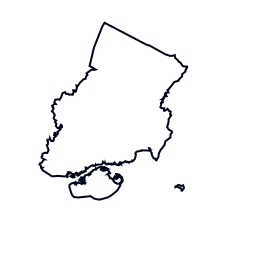 City of Isabela, Philippines, rotated 208°
{"feature_id": "2640588B50898058307541", "entity_name": "City of Isabela", "entity_type": "district", "adm_level": 2, "iso_a3": "PHL", "parent_name": "Philippines", "parent_adm1": "", "projection": "albers", "projection_center": [121.969, 6.657], "detail": "fine", "context": "isolated", "style": "outline", "palette": "ink", "viewbox_px": 256, "rotation_deg": 208, "n_neighbors": 0, "source": "geoboundaries", "source_scale": "gbopen_adm2", "svg_char_len": 5765}
<svg xmlns="http://www.w3.org/2000/svg" viewBox="0 0 256 256"><g transform="rotate(208 128 128)"><path d="M189.0,54.1L187.4,54.0L186.0,52.1L184.7,52.8L185.0,51.5L183.5,50.6L172.9,49.7L171.2,50.3L167.9,52.6L160.7,55.7L160.0,56.5L159.3,56.4L159.6,56.9L158.9,57.0L160.0,58.2L159.9,58.3L159.5,58.1L159.4,58.1L159.1,59.0L159.8,58.4L159.8,59.0L159.0,59.3L159.3,60.1L160.3,60.6L159.8,61.2L159.0,60.7L158.3,61.7L157.3,61.8L156.9,62.5L157.0,61.8L156.3,61.0L154.3,61.7L153.3,61.3L152.9,62.5L153.2,63.2L152.6,64.3L151.6,64.3L150.8,63.4L150.5,63.9L150.3,63.1L149.7,63.7L149.5,63.0L150.4,62.4L149.9,62.3L149.2,63.3L148.3,65.9L149.1,65.5L149.2,66.4L148.6,66.8L148.5,67.7L148.0,67.9L147.8,67.4L147.0,68.1L146.8,67.7L146.3,68.4L146.8,68.2L146.8,68.8L145.2,70.2L146.1,72.1L145.7,72.4L146.5,72.5L146.9,73.2L146.3,73.4L145.1,72.7L142.6,77.7L141.3,78.7L140.8,78.2L139.1,79.7L139.2,80.2L138.9,80.0L137.8,81.3L134.3,83.3L133.8,83.9L134.2,86.2L133.2,85.6L132.8,86.1L131.6,85.9L131.8,86.5L131.2,86.0L129.6,86.6L129.3,86.2L128.4,87.5L127.9,87.2L126.6,88.3L126.4,87.8L125.9,88.1L126.1,88.6L125.5,88.9L125.7,89.3L125.3,88.8L125.5,89.5L125.0,88.8L125.1,89.5L124.8,88.9L124.5,89.6L124.4,88.7L123.5,89.3L123.2,88.8L123.6,90.7L122.9,90.9L122.4,90.1L120.3,90.7L120.1,90.3L118.9,90.8L118.4,91.1L119.2,91.9L119.2,92.8L117.0,92.7L118.4,94.2L116.2,94.8L115.0,97.2L114.6,97.6L113.5,97.0L112.7,97.9L111.3,97.6L110.8,97.9L111.1,98.6L108.5,100.4L108.3,101.0L108.7,101.3L108.0,101.6L107.4,103.8L108.5,108.2L109.7,109.1L109.3,111.2L105.1,114.5L105.3,114.8L98.3,118.2L97.9,118.9L98.7,118.7L100.0,120.1L99.4,120.3L97.9,119.2L96.9,117.8L95.2,117.0L94.8,116.0L92.3,113.8L90.2,113.2L89.3,113.8L88.4,112.7L87.7,112.7L87.5,116.5L88.8,120.0L88.9,123.4L87.8,130.2L88.8,133.8L86.1,139.5L87.5,142.4L87.0,144.9L87.8,145.7L91.1,145.7L93.9,147.2L95.0,152.3L96.3,154.9L95.8,159.4L96.4,160.0L97.2,159.8L97.9,162.4L98.7,162.7L99.4,162.2L102.1,163.5L102.6,162.0L103.8,160.3L104.4,160.2L105.2,162.4L107.8,161.2L109.1,161.5L109.7,164.2L110.5,165.1L110.5,166.6L109.7,166.4L109.3,167.2L110.4,168.3L110.3,170.2L111.2,169.7L110.6,170.8L111.0,171.9L110.4,172.2L110.8,173.8L109.2,173.8L108.8,174.2L109.2,174.5L110.0,174.2L110.2,175.1L111.3,175.7L110.8,176.1L111.1,176.8L110.3,176.9L110.1,177.8L109.4,178.2L110.1,178.4L110.1,179.8L111.0,180.1L110.3,181.3L108.7,190.4L105.5,193.5L105.9,194.3L104.5,199.2L105.5,200.7L103.8,204.7L104.4,206.0L104.2,209.3L104.7,210.0L107.8,208.5L108.9,208.5L112.7,210.5L114.2,210.2L115.1,211.0L119.4,212.1L120.9,214.3L122.6,212.6L124.8,211.4L129.5,210.6L147.6,210.9L150.9,210.2L198.1,209.9L198.3,205.0L195.8,183.1L191.1,164.8L184.0,164.5L185.1,163.4L186.8,163.0L188.2,161.2L190.3,156.8L188.7,155.8L189.2,153.8L188.6,151.5L190.1,150.3L191.7,145.4L192.1,141.5L193.4,141.3L192.0,139.6L191.2,135.9L191.5,135.4L193.0,136.1L194.1,135.5L192.9,134.2L192.4,131.4L194.5,130.7L195.5,129.7L197.1,130.1L198.6,129.1L199.2,129.1L200.3,130.2L202.2,127.9L201.5,124.0L201.7,120.6L203.1,120.6L205.6,118.7L205.1,116.2L203.1,115.3L204.2,114.8L204.8,113.2L204.6,112.4L205.4,112.0L204.4,110.8L203.2,110.6L202.7,110.0L203.0,107.0L201.8,106.9L198.8,105.2L198.4,102.0L197.2,101.0L194.9,100.8L195.3,99.0L193.2,98.1L192.7,96.0L190.2,94.9L189.4,95.1L188.8,96.7L188.7,99.4L187.6,99.3L186.7,97.7L187.2,96.6L188.1,96.0L187.0,95.0L188.5,91.3L187.4,90.9L187.3,89.1L188.4,88.9L189.1,88.1L190.0,89.5L190.6,89.2L189.9,87.1L188.8,87.6L187.8,87.1L188.8,84.4L187.9,82.6L188.0,81.3L189.7,80.5L192.0,82.2L191.7,81.5L192.1,80.8L193.3,80.2L193.7,79.4L192.0,78.1L191.1,75.8L191.6,74.7L187.8,71.3L187.6,68.0L190.1,67.0L191.4,64.9L190.5,63.0L190.8,61.9L190.2,61.1L187.0,61.0L187.5,60.7L188.0,56.6L189.0,55.8L189.0,54.1ZM143.2,41.7L139.5,43.2L129.1,50.2L124.9,49.8L120.8,50.8L118.7,52.0L113.4,57.1L111.0,60.9L108.2,67.6L107.8,72.1L108.4,75.5L107.7,78.3L108.9,80.5L110.7,82.0L111.5,81.7L113.7,82.8L116.9,81.7L116.4,81.0L116.8,80.6L116.4,80.8L115.8,81.9L113.8,81.7L114.9,80.9L114.4,80.5L114.9,80.2L113.6,79.1L114.4,77.8L115.1,78.2L115.7,79.4L116.1,78.6L117.0,78.9L116.9,76.8L114.0,77.9L112.8,81.2L111.4,81.0L109.7,79.9L108.8,80.1L108.5,79.3L108.9,78.3L108.6,77.6L109.3,75.4L108.7,74.6L109.7,74.7L110.3,74.2L110.1,73.7L110.5,74.1L111.1,73.8L111.3,74.4L111.4,73.8L112.4,73.9L111.9,74.3L113.3,73.6L115.4,74.0L115.6,74.5L114.5,75.2L115.7,74.6L119.2,75.8L120.5,75.2L121.2,76.2L123.7,77.4L124.0,78.0L124.3,77.8L123.5,79.5L122.8,79.5L122.3,78.8L122.4,79.6L125.2,81.1L127.4,81.1L128.5,80.5L128.1,79.9L129.1,79.1L129.5,79.5L131.0,79.1L131.4,78.7L131.2,78.5L132.1,78.5L131.8,79.2L132.3,79.1L132.3,79.8L132.7,79.9L132.1,80.2L132.4,80.5L132.1,80.7L128.2,81.4L129.1,81.8L128.0,82.0L128.0,81.6L126.8,82.5L130.3,82.5L130.5,82.0L131.3,82.0L131.7,81.4L132.9,81.2L135.5,79.4L137.0,76.9L136.6,77.0L136.7,76.6L137.1,76.8L136.9,76.4L138.9,74.6L139.3,73.4L139.0,73.0L140.2,71.6L139.9,71.1L140.3,70.7L140.8,71.0L139.3,69.5L140.0,68.5L140.3,69.6L141.3,69.2L141.5,67.9L143.5,66.1L143.3,65.4L143.8,64.6L143.4,63.8L143.2,64.0L142.3,61.7L141.7,61.6L141.9,61.2L141.0,59.8L139.8,59.5L139.8,58.7L141.2,58.7L141.9,57.4L142.9,56.8L146.3,56.6L146.9,55.3L146.5,54.7L147.1,55.1L147.1,54.6L147.6,54.8L147.2,54.4L147.2,54.0L148.0,54.7L147.8,54.0L149.1,52.8L148.5,54.0L149.5,54.7L148.1,55.4L148.8,55.5L151.9,52.5L152.9,50.3L152.0,48.3L147.1,43.5L145.1,42.2L143.2,41.7ZM58.4,98.0L57.3,99.1L53.4,99.5L52.0,99.2L51.5,97.9L50.9,98.0L50.4,100.4L50.6,101.7L52.5,103.3L53.5,101.8L55.9,101.7L57.3,100.8L57.7,99.4L58.7,98.6L58.4,98.0ZM144.2,58.9L142.7,58.5L142.4,59.3L143.1,61.2L143.6,61.9L144.0,61.6L144.5,62.8L145.1,63.0L145.9,62.3L146.0,63.4L146.3,61.6L145.2,61.1L146.2,60.1L146.1,59.6L146.6,59.5L146.5,59.0L145.5,58.9L145.4,59.5L144.2,59.5L144.2,58.9ZM153.7,58.3L152.2,59.3L151.7,60.2L153.0,59.3L153.7,60.0L155.7,59.0L156.1,58.4L153.7,58.3Z" fill="none" stroke="#020617" stroke-width="2"/></g></svg>